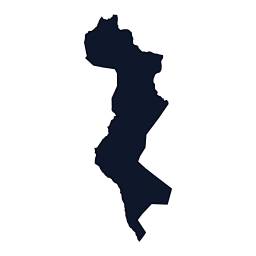 Passagem Franca do Piauí, Piauí, Brazil (Robinson projection)
{"feature_id": "56859067B41463786975688", "entity_name": "Passagem Franca do Piauí", "entity_type": "district", "adm_level": 2, "iso_a3": "BRA", "parent_name": "Brazil", "parent_adm1": "Piauí", "projection": "robinson", "projection_center": [-42.424, -5.897], "detail": "fine", "context": "isolated", "style": "filled", "palette": "ink", "viewbox_px": 256, "rotation_deg": 0, "n_neighbors": 0, "source": "geoboundaries", "source_scale": "gbopen_adm2", "svg_char_len": 2703}
<svg xmlns="http://www.w3.org/2000/svg" viewBox="0 0 256 256"><path d="M108.2,127.2L109.0,129.3L108.9,131.7L109.6,133.4L108.2,135.0L107.5,136.6L106.0,136.9L104.3,138.8L103.0,139.8L102.2,141.3L100.5,143.7L99.5,145.2L98.2,147.3L96.6,148.6L95.3,148.6L95.8,150.8L95.5,152.7L96.6,153.6L96.8,155.6L95.9,157.9L95.6,160.1L95.5,161.6L95.5,163.1L96.4,163.9L97.9,164.6L99.9,166.3L100.8,168.6L102.0,170.4L103.0,171.9L104.6,173.1L105.5,174.7L106.9,175.7L107.9,176.8L109.6,177.1L111.5,178.1L112.4,178.9L113.2,180.5L114.6,181.9L115.6,182.5L116.9,182.9L117.9,184.0L118.9,186.0L119.5,187.3L120.5,188.3L121.1,190.6L120.8,192.6L122.0,193.9L122.2,195.8L122.5,197.6L122.6,199.3L123.5,201.1L124.1,202.3L124.9,203.5L125.0,205.8L125.1,207.3L125.7,208.8L125.3,210.4L126.0,211.8L126.1,214.0L126.1,215.5L126.7,217.4L127.3,219.1L127.4,220.5L128.1,222.4L129.0,223.8L129.5,225.6L130.6,227.1L132.6,228.2L133.0,229.4L133.9,230.3L135.0,231.3L136.2,232.4L136.2,233.9L136.6,235.1L137.8,236.4L138.0,238.4L138.6,239.7L139.4,240.6L144.0,234.4L145.2,232.5L141.4,226.8L136.9,220.0L141.5,213.8L151.4,203.3L167.1,203.9L171.2,188.9L160.3,180.6L145.4,169.1L137.3,161.7L139.4,156.0L144.8,147.3L145.7,134.4L158.1,117.9L167.8,103.8L167.5,101.8L166.4,100.7L164.8,101.3L163.3,101.1L162.9,99.1L161.9,99.5L161.3,98.0L160.1,96.8L158.8,96.5L157.3,95.6L156.1,94.5L157.0,92.4L156.3,91.3L154.9,90.1L154.2,88.6L154.2,87.0L154.3,84.9L153.6,83.5L152.5,82.2L152.7,80.3L153.0,78.3L153.7,76.6L154.4,74.6L155.1,73.7L156.7,72.5L158.7,72.1L159.7,71.4L160.6,69.9L160.9,67.4L161.0,65.7L160.7,64.1L160.5,62.5L160.5,60.9L161.1,59.6L162.0,58.5L162.4,57.0L162.3,55.7L159.8,55.3L157.8,54.7L156.3,54.3L154.8,54.4L153.6,53.8L152.1,53.3L150.6,52.4L148.5,52.1L147.4,53.1L146.3,52.8L144.2,52.3L141.9,52.3L139.9,50.4L138.0,48.5L137.6,46.7L136.3,45.9L134.8,45.8L133.5,44.9L132.3,43.4L132.3,40.9L132.6,38.8L131.2,35.2L131.2,33.0L129.9,31.8L128.7,30.6L127.3,30.0L126.1,30.0L124.7,29.9L122.6,30.2L120.8,30.9L119.4,29.9L118.4,29.1L117.4,27.6L117.6,26.1L116.8,24.7L116.7,22.6L117.0,20.5L117.1,18.5L116.6,15.6L114.7,15.5L113.5,15.4L113.2,17.0L111.7,18.0L110.5,19.5L108.7,19.2L107.5,20.8L106.4,20.4L105.3,19.9L103.7,19.8L102.5,18.9L101.8,17.7L101.0,18.7L99.8,20.7L99.0,23.0L98.2,24.6L97.6,26.7L96.0,27.9L94.8,29.2L93.9,30.0L91.5,31.7L90.0,31.7L88.8,31.9L88.3,33.5L86.5,34.1L85.6,35.3L85.8,36.7L85.4,40.1L85.0,41.2L84.8,42.9L85.2,44.4L87.0,53.8L87.6,55.5L87.2,56.8L86.1,58.0L93.7,64.9L103.5,66.8L115.1,68.5L116.5,70.9L117.7,73.2L117.7,77.1L117.8,86.0L112.3,98.4L112.5,108.0L112.2,109.4L113.1,111.3L115.1,112.6L116.2,114.5L117.7,116.0L116.4,116.5L114.6,117.0L114.2,119.2L113.1,120.0L111.8,120.7L110.7,123.9L109.6,126.5L108.2,127.2Z" fill="#0f172a" stroke="#020617" stroke-width="1.5"/></svg>